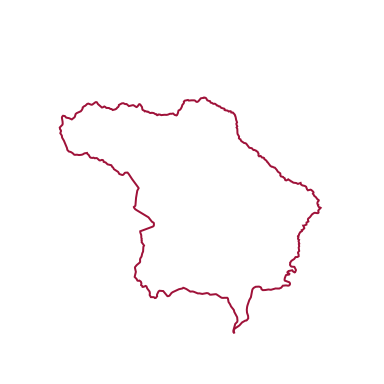 outline of Atsabe, Ermera, East Timor, rotated 233°
{"feature_id": "22284137B3640160656935", "entity_name": "Atsabe", "entity_type": "district", "adm_level": 2, "iso_a3": "TLS", "parent_name": "East Timor", "parent_adm1": "Ermera", "projection": "orthographic", "projection_center": [125.398, -8.932], "detail": "fine", "context": "isolated", "style": "outline", "palette": "rose", "viewbox_px": 384, "rotation_deg": 233, "n_neighbors": 0, "source": "geoboundaries", "source_scale": "gbopen_adm2", "svg_char_len": 6022}
<svg xmlns="http://www.w3.org/2000/svg" viewBox="0 0 384 384"><g transform="rotate(233 192 192)"><path d="M307.5,176.8L309.1,176.2L310.7,174.2L312.2,173.9L313.1,173.4L313.3,171.7L313.7,170.9L318.7,169.8L320.9,170.0L321.5,169.5L321.8,168.9L321.8,165.0L322.3,164.1L325.0,162.4L325.4,161.3L325.1,158.7L325.4,157.6L325.3,155.6L324.8,155.3L323.9,153.7L323.4,151.8L324.4,147.3L324.3,146.0L322.8,144.0L322.4,143.2L322.3,139.7L325.0,138.2L327.1,136.3L329.2,136.1L330.5,134.9L330.3,133.7L329.5,132.7L326.1,131.0L324.2,129.7L323.7,129.0L323.1,125.2L321.5,124.4L320.2,124.4L319.5,124.1L318.2,122.2L315.4,122.0L313.6,121.0L310.1,120.6L305.4,119.4L302.3,118.6L300.7,117.8L298.5,118.0L297.0,119.2L295.1,120.0L292.7,120.4L292.2,120.8L291.0,122.6L289.5,124.0L288.3,126.0L287.8,127.2L287.6,129.3L286.4,131.7L285.1,131.4L284.0,131.8L281.1,131.5L280.3,131.8L279.2,132.9L278.6,134.1L277.5,134.6L276.7,136.0L276.1,136.5L273.0,137.1L272.4,137.8L271.9,139.3L271.4,139.8L270.8,140.1L269.7,139.9L269.2,139.6L267.6,140.8L264.9,141.2L261.9,143.7L260.1,143.4L259.1,143.7L257.2,143.4L252.5,145.1L250.1,144.8L247.6,146.5L247.2,147.3L247.2,147.9L247.7,149.9L247.5,150.5L246.3,152.2L244.4,152.3L238.2,151.9L227.6,151.8L227.1,151.6L226.0,149.1L221.0,143.8L215.5,138.9L215.1,138.4L215.0,136.5L214.5,136.3L212.4,136.3L210.7,136.9L198.0,142.0L192.4,142.1L190.7,142.8L190.1,142.8L188.5,141.7L187.9,140.7L188.0,139.7L191.8,127.0L190.9,126.4L188.1,125.5L185.8,123.9L184.8,123.7L184.0,122.7L183.2,122.6L182.3,121.6L178.1,121.5L177.5,120.2L173.9,117.1L172.9,115.3L170.8,112.8L170.3,111.3L169.6,110.1L167.4,108.5L167.1,107.7L166.9,103.8L166.3,101.4L165.8,100.8L162.0,99.1L158.7,95.1L155.8,95.4L154.2,95.1L153.5,95.5L152.9,96.7L151.2,97.2L149.6,96.7L148.3,95.3L146.8,95.7L146.0,95.4L145.4,96.3L144.9,98.4L144.0,98.8L141.9,98.2L138.1,98.2L136.6,97.5L135.2,96.2L132.8,95.9L131.3,97.9L130.4,98.5L129.7,98.5L129.2,99.3L129.7,101.4L130.8,102.0L131.3,102.6L132.7,105.4L132.7,106.6L130.2,109.4L123.7,109.7L123.3,110.0L122.9,110.9L122.8,111.8L123.7,114.9L123.6,116.5L122.2,123.1L120.7,126.4L120.8,127.3L120.4,127.7L117.9,129.1L113.5,130.7L112.3,132.5L111.4,133.3L107.4,135.7L106.7,136.8L104.4,138.9L102.3,143.1L101.1,144.1L99.3,144.5L98.6,145.3L96.3,149.2L95.6,149.9L89.9,151.9L89.2,152.5L86.4,156.4L85.7,156.6L85.1,156.5L82.2,155.0L79.4,154.8L77.1,154.3L72.6,154.4L70.7,153.6L64.8,152.7L61.9,150.9L61.1,150.0L60.6,147.1L56.4,141.6L55.3,140.8L53.5,140.8L55.0,141.3L56.4,142.3L57.2,143.6L56.9,149.5L57.7,153.5L57.2,157.3L56.8,157.7L56.6,158.6L57.2,160.8L59.2,162.2L62.5,163.3L65.0,164.9L67.0,166.8L68.0,168.0L71.2,172.7L72.5,175.7L77.5,181.2L78.0,182.1L78.3,183.6L78.0,185.8L76.1,188.6L74.7,189.5L73.7,189.5L72.4,189.0L71.0,189.5L69.5,191.7L68.2,194.3L66.4,196.2L64.7,200.6L62.4,203.6L61.9,205.6L62.5,208.2L60.8,210.9L59.3,212.4L58.9,213.6L59.2,214.3L59.5,214.9L60.2,215.3L61.3,215.4L65.4,212.8L66.1,213.0L67.4,214.3L69.0,216.9L69.0,217.4L67.7,219.7L67.7,220.1L68.2,220.6L69.2,220.2L69.7,219.7L70.5,219.9L70.7,220.5L70.7,221.7L69.2,224.9L67.7,224.9L66.1,225.5L65.9,226.1L66.8,227.7L67.2,228.1L70.6,228.7L72.6,226.5L73.3,226.3L74.8,226.4L75.8,227.4L76.4,227.7L77.2,230.0L77.0,233.4L77.7,235.5L76.6,237.1L76.5,238.5L77.9,239.5L79.6,240.0L80.0,240.5L80.4,242.1L83.5,243.8L84.1,244.9L86.2,246.0L86.2,246.6L88.6,247.5L89.3,248.7L90.3,248.4L91.1,248.7L91.7,249.6L92.6,249.7L93.0,250.1L92.8,250.8L93.8,252.0L94.8,254.2L94.6,256.2L95.5,256.7L95.2,257.3L95.2,258.5L95.6,260.0L98.2,260.6L97.7,261.3L97.1,263.8L98.7,265.1L98.4,267.2L100.0,267.8L100.8,268.7L100.9,271.0L101.9,274.5L101.8,276.6L101.5,277.6L100.1,278.9L99.3,279.9L99.3,280.4L99.5,280.8L101.0,281.5L101.3,281.9L101.9,285.2L102.5,285.0L103.1,284.3L104.3,284.3L105.4,284.5L105.7,285.1L106.5,284.9L107.7,285.4L108.6,286.7L108.8,288.0L109.4,288.3L110.8,287.8L113.5,287.8L115.4,287.3L116.9,287.6L117.9,287.5L118.4,288.7L118.8,288.9L119.7,288.9L121.8,288.5L122.5,288.1L123.6,285.6L125.0,285.5L127.5,286.3L129.0,285.7L130.9,284.1L132.4,283.6L133.9,284.2L134.7,281.5L136.5,280.6L138.5,278.5L139.8,278.2L140.5,277.6L141.7,277.5L142.4,277.0L144.2,276.5L144.4,274.5L145.2,273.7L145.7,273.7L147.2,274.3L148.4,273.8L149.2,273.8L151.0,272.4L152.3,272.6L152.7,273.1L153.8,273.7L156.6,272.8L158.6,273.0L161.6,272.8L162.7,271.9L163.6,271.6L164.3,270.8L165.8,270.3L170.5,270.3L170.9,270.1L172.2,270.3L174.8,269.6L175.7,270.0L176.6,269.6L177.3,268.7L179.5,268.5L180.1,267.1L181.1,267.0L182.7,268.3L183.5,268.3L184.7,268.6L185.9,268.0L186.3,268.1L188.1,267.1L188.3,266.6L188.7,266.3L191.0,266.1L192.9,264.4L198.0,264.4L199.0,263.9L199.8,263.1L202.8,262.1L203.7,262.0L204.8,262.4L205.8,261.9L206.7,261.8L208.0,263.0L210.8,263.3L211.8,263.8L215.2,266.2L216.7,266.4L217.2,267.7L219.1,268.1L219.9,268.6L220.5,269.9L222.9,270.6L225.7,272.0L227.1,272.3L227.3,272.6L228.8,272.7L229.8,272.4L230.2,272.6L231.0,272.4L231.8,271.2L233.1,271.5L233.7,271.0L234.1,269.8L235.6,269.4L237.3,267.7L237.9,267.4L238.4,267.9L239.1,267.9L241.6,266.0L243.7,265.7L244.3,264.9L245.9,264.4L246.1,264.0L248.1,263.7L248.8,263.3L249.6,262.1L251.2,261.5L252.2,260.7L253.8,261.0L254.3,260.5L256.0,259.4L258.4,259.7L259.5,259.2L260.2,258.5L260.0,258.1L260.7,257.1L261.5,255.4L260.6,251.6L260.9,250.2L261.6,249.7L263.0,249.5L263.7,249.1L265.3,247.1L266.9,244.5L267.9,244.2L269.3,241.2L269.1,239.9L268.5,239.6L267.8,238.7L267.3,236.6L266.2,235.2L265.2,233.2L264.9,231.8L265.2,230.4L265.0,230.0L263.4,228.1L262.5,226.4L262.5,225.7L263.9,224.6L266.1,224.1L266.9,222.5L267.7,221.6L268.3,219.3L268.9,218.1L270.3,216.4L271.9,213.7L273.1,213.0L274.0,212.0L274.0,211.2L274.3,210.4L274.9,210.2L275.5,210.4L276.3,209.6L278.1,208.9L279.5,207.6L279.8,206.7L280.5,206.0L282.8,205.1L282.9,204.6L284.9,203.3L284.9,202.8L286.2,202.6L287.0,202.1L287.6,202.0L290.0,203.2L292.6,203.3L293.6,203.1L293.9,202.5L293.2,200.3L293.1,199.0L293.3,198.7L296.5,197.5L297.0,196.9L298.6,193.3L301.6,192.7L302.5,191.5L304.2,190.6L305.0,189.3L305.5,186.0L304.8,185.3L304.3,184.2L304.4,183.2L304.0,181.8L304.2,180.4L305.2,178.0L306.6,177.7L307.5,176.8Z" fill="none" stroke="#9f1239" stroke-width="2"/></g></svg>